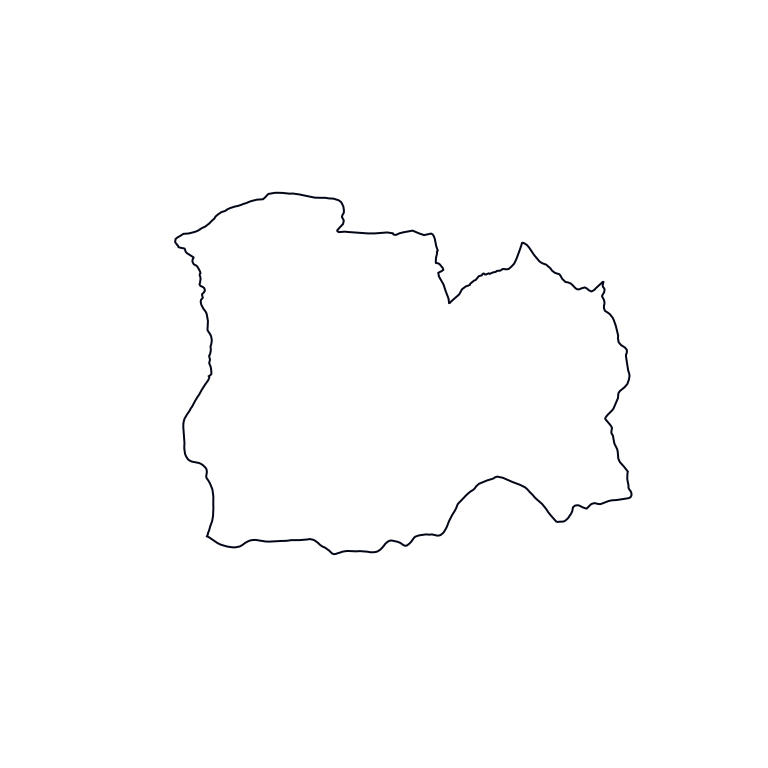 Guapotá, Santander, Colombia, rotated 230°
{"feature_id": "7082276B45314174051982", "entity_name": "Guapotá", "entity_type": "district", "adm_level": 2, "iso_a3": "COL", "parent_name": "Colombia", "parent_adm1": "Santander", "projection": "orthographic", "projection_center": [-73.332, 6.32], "detail": "fine", "context": "isolated", "style": "outline", "palette": "ink", "viewbox_px": 768, "rotation_deg": 230, "n_neighbors": 0, "source": "geoboundaries", "source_scale": "gbopen_adm2", "svg_char_len": 6154}
<svg xmlns="http://www.w3.org/2000/svg" viewBox="0 0 768 768"><g transform="rotate(230 384 384)"><path d="M168.1,427.5L166.7,428.3L165.8,429.8L163.5,432.7L162.8,434.5L162.8,437.2L163.0,439.3L163.7,441.3L164.3,443.8L165.6,446.5L167.9,449.3L168.1,449.9L168.1,452.0L167.3,453.5L166.3,454.8L165.2,455.5L161.7,457.0L159.4,458.3L158.4,459.1L158.3,459.7L158.8,464.7L158.6,466.1L157.7,468.3L157.0,469.1L155.0,470.5L154.0,471.3L152.7,472.9L150.0,480.8L148.3,484.0L146.4,486.5L145.1,488.4L139.6,497.5L139.0,498.9L138.9,500.3L139.5,501.8L140.4,502.7L141.9,503.6L143.2,504.0L146.3,504.2L147.5,504.7L149.0,506.0L154.9,509.3L158.8,512.8L160.2,514.5L166.3,514.7L172.4,514.5L175.4,515.2L176.8,515.9L180.7,518.7L182.9,520.1L184.5,520.8L190.3,522.2L197.4,526.2L200.1,526.6L201.2,527.4L203.9,530.5L205.8,530.9L207.7,531.0L214.7,531.0L215.5,531.4L216.0,532.5L216.6,535.3L217.2,542.2L217.7,544.1L222.9,554.3L225.7,557.0L226.5,558.2L227.0,560.4L226.9,566.5L227.6,570.5L230.0,574.5L232.3,577.2L234.5,578.6L237.5,579.8L244.2,583.8L250.0,587.4L251.0,588.3L251.6,589.7L253.0,591.2L254.3,592.0L257.1,592.0L261.5,590.6L265.1,590.6L268.5,592.5L270.6,594.5L279.4,598.9L285.5,601.2L288.1,601.8L292.1,601.9L294.2,601.5L297.0,600.6L298.2,600.3L300.8,601.3L302.8,603.0L303.6,604.3L305.1,605.6L307.6,606.7L310.8,607.3L311.6,608.1L312.7,611.5L314.6,613.7L315.6,614.1L317.7,614.2L319.1,615.0L320.6,617.1L321.2,617.6L321.6,617.1L321.2,607.9L320.9,605.6L321.3,603.3L321.7,602.3L324.1,601.2L326.8,600.8L328.9,599.9L330.2,597.1L331.0,594.5L332.2,593.0L334.0,592.3L338.4,592.0L340.8,591.7L343.5,590.3L345.5,588.6L350.0,588.1L354.1,588.9L355.5,588.8L359.2,586.4L362.7,585.6L365.6,585.8L371.1,585.0L374.9,582.8L377.9,581.9L386.3,581.9L395.6,582.9L399.0,582.8L401.8,581.8L403.1,581.0L403.3,580.4L402.9,579.7L402.1,578.6L398.8,573.1L394.5,565.5L392.5,561.0L392.0,556.9L392.0,553.5L392.9,551.8L395.7,549.0L396.2,545.8L398.1,543.1L398.1,541.6L399.4,539.3L400.4,535.8L401.5,535.3L402.3,532.6L402.9,531.8L404.0,531.7L404.8,531.0L404.9,530.4L404.4,528.7L405.6,526.0L404.8,521.1L405.3,519.3L405.4,515.8L405.3,514.4L404.7,513.3L406.2,509.2L406.4,504.7L404.3,499.1L404.1,489.2L403.8,486.5L404.2,485.9L407.9,488.3L416.2,491.2L422.1,493.6L428.5,494.7L431.3,495.3L434.3,497.1L433.4,501.1L433.3,502.8L435.2,503.6L440.0,503.6L441.6,503.1L443.2,501.6L444.0,501.9L447.2,504.9L450.1,508.8L451.3,509.5L451.6,510.9L456.0,512.6L462.7,516.3L465.4,517.2L467.6,517.4L469.0,516.7L472.3,510.4L476.8,507.7L483.1,504.5L487.6,496.6L489.4,493.0L490.5,489.1L491.9,487.6L493.3,487.4L493.8,487.6L498.1,483.8L505.1,474.0L509.3,468.9L523.6,454.1L525.9,451.9L529.4,447.0L530.9,446.5L531.8,447.0L532.4,450.8L532.9,455.5L535.1,458.3L538.9,459.1L540.0,460.5L541.0,463.3L542.9,465.0L546.0,466.9L548.9,467.7L550.9,468.1L553.8,467.4L558.4,464.5L561.7,461.0L564.4,458.7L566.1,456.6L571.2,450.8L584.1,440.6L588.6,436.5L590.4,434.1L596.2,428.5L600.6,423.3L603.8,417.8L603.9,416.8L603.4,413.1L603.3,410.1L606.9,405.1L609.2,400.4L610.2,398.0L611.1,394.8L612.4,391.9L612.9,390.1L614.2,386.8L615.7,384.0L617.6,379.4L618.4,376.7L618.7,373.5L620.2,369.9L620.6,366.0L620.6,363.4L620.5,362.3L619.8,360.6L619.7,357.2L619.3,353.3L619.5,348.2L620.4,345.1L621.1,339.8L621.9,337.4L624.0,332.8L625.3,330.5L627.8,327.1L628.2,325.5L628.3,323.9L629.1,319.2L629.0,317.5L627.2,315.4L626.3,315.1L624.9,315.1L623.6,314.9L622.9,315.1L622.2,315.0L621.4,314.6L620.6,314.7L617.5,317.0L616.7,317.8L615.9,318.2L615.1,318.1L613.2,317.2L611.1,317.1L603.5,319.5L602.9,319.0L602.7,317.9L601.3,316.2L600.2,315.7L598.6,315.3L597.4,315.4L595.7,316.2L594.0,316.5L589.1,315.6L586.9,314.7L586.5,313.4L585.8,312.7L583.9,312.0L582.5,311.1L579.8,308.1L579.2,307.0L578.3,306.5L576.9,306.5L574.8,307.6L573.4,307.9L572.0,307.6L570.6,306.7L570.0,305.0L569.7,302.3L569.1,301.8L566.7,300.7L566.4,300.0L566.1,298.0L565.2,296.8L563.8,295.8L561.8,294.9L557.7,294.0L556.0,294.0L553.1,293.7L551.1,292.9L545.4,289.6L541.7,286.2L538.9,283.5L536.2,283.0L534.2,282.9L531.9,282.3L529.8,281.2L527.8,279.9L525.1,276.7L524.6,275.6L523.6,274.7L522.2,273.9L520.7,272.5L519.4,270.9L518.6,269.7L518.1,268.3L517.1,267.6L514.4,266.3L512.9,264.1L512.1,263.4L510.9,263.0L509.7,262.7L507.3,261.6L503.5,259.0L502.6,258.0L502.4,256.6L502.6,254.8L502.1,254.8L501.2,254.3L499.9,251.8L498.5,246.4L496.7,240.7L494.7,235.6L493.9,232.6L492.4,228.3L490.0,222.4L489.4,220.0L488.5,217.9L487.3,213.5L486.4,211.1L485.8,209.3L484.9,207.7L482.7,204.9L480.2,202.7L467.3,193.4L463.2,189.7L460.5,188.0L458.4,186.7L455.9,185.9L452.2,185.4L449.7,186.1L448.1,186.9L442.3,191.6L440.1,192.6L437.7,193.2L434.4,193.5L433.3,193.3L432.0,192.8L430.4,191.7L427.4,188.3L425.9,187.6L423.0,187.4L419.4,186.7L413.6,184.8L407.8,181.2L401.0,175.4L398.9,173.8L392.8,168.2L389.5,164.3L386.6,159.3L384.2,155.8L382.8,153.1L382.1,152.6L381.7,151.6L381.1,150.4L379.1,151.4L369.2,154.2L365.8,155.7L360.7,159.1L358.2,161.2L355.8,163.4L354.2,165.5L352.2,169.2L351.6,172.8L351.6,174.9L350.9,178.7L350.2,180.8L348.8,183.3L346.8,185.7L339.4,192.1L337.0,194.8L329.8,204.4L326.6,208.4L323.8,212.9L319.1,218.4L314.4,225.0L312.9,227.5L310.7,229.3L308.9,230.3L304.8,231.3L301.8,231.6L299.6,232.2L298.3,232.7L297.2,233.4L295.7,233.9L291.6,234.9L288.4,235.2L287.3,235.4L285.8,236.3L284.6,238.3L284.0,240.2L282.8,242.6L282.8,243.1L282.0,244.8L280.6,247.2L279.4,248.9L273.8,255.0L271.5,258.1L266.3,263.4L263.8,265.5L262.2,267.4L261.0,269.1L260.1,270.8L259.6,273.3L259.5,275.0L259.9,278.5L260.8,282.6L260.8,285.4L260.5,287.2L259.5,288.9L257.8,290.4L254.2,293.1L251.7,294.4L248.9,295.1L247.3,295.7L246.3,296.4L245.6,297.6L245.4,300.6L245.6,303.0L247.0,308.7L246.8,310.2L246.1,312.1L245.2,314.1L241.8,319.5L239.5,321.8L238.0,324.0L233.8,327.2L232.8,328.3L231.9,330.3L231.9,333.8L232.5,336.0L233.3,338.1L234.3,340.6L236.6,344.6L237.6,346.7L240.0,352.5L241.1,356.0L242.4,359.3L244.1,362.3L244.7,363.8L245.6,372.6L245.9,374.8L246.1,378.9L246.0,381.5L245.6,384.2L245.6,385.9L246.4,389.1L246.5,392.6L243.9,400.9L241.4,406.7L241.2,407.8L241.2,409.0L240.2,411.3L235.7,414.8L226.0,419.6L219.7,423.2L214.3,425.6L211.5,426.1L207.7,426.2L203.1,426.6L199.4,426.6L190.4,428.0L184.3,427.9L180.2,427.4L176.5,427.3L168.1,427.5Z" fill="none" stroke="#020617" stroke-width="2"/></g></svg>